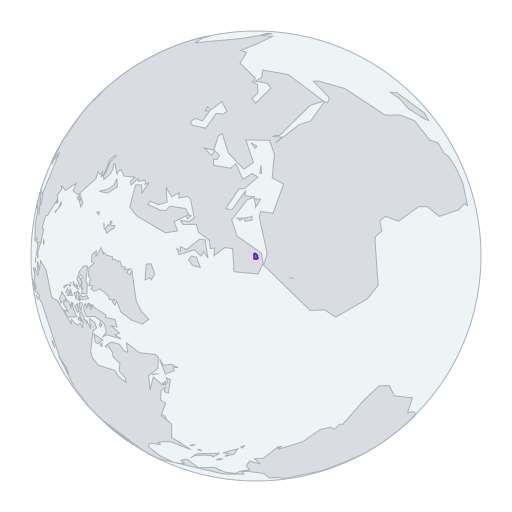 the Earth from above Jaén, rotated 275°
{"feature_id": "ESP-5826", "entity_name": "Jaén", "entity_type": "Autonomous Community", "adm_level": 1, "iso_a3": "ESP", "parent_name": "Spain", "parent_adm1": "", "projection": "orthographic", "projection_center": [-3.264, 37.956], "detail": "fine", "context": "on_globe", "style": "filled", "palette": "violet", "viewbox_px": 512, "rotation_deg": 275, "n_neighbors": 0, "source": "natural_earth", "source_scale": "10m", "svg_char_len": 10567}
<svg xmlns="http://www.w3.org/2000/svg" viewBox="0 0 512 512"><g transform="rotate(275 256 256)"><circle cx="256" cy="256" r="225" fill="#eef3f6" stroke="#a8b0b8"/><path d="M69.1,381.8L61.0,367.2L56.4,358.1L47.9,340.7L36.9,303.7L37.2,296.5L36.0,288.9L40.1,282.5L40.8,266.0L39.8,260.9L37.7,263.1L36.0,243.4L37.9,228.7L45.5,176.9L49.0,167.8L53.4,159.0L77.9,119.2L57.1,150.6L62.4,140.9L70.8,127.8L71.2,127.7L83.5,111.8L91.3,102.7L109.0,86.5L127.8,75.4L122.3,79.7L127.5,77.1L134.7,71.8L138.3,69.1L166.0,57.3L191.3,46.4L195.6,43.0L197.6,44.2L203.1,38.4L214.4,35.1L203.9,39.0L204.6,39.7L213.5,37.1L216.1,37.4L221.9,36.5L224.2,37.2L217.9,40.1L219.3,40.8L225.5,39.0L231.7,39.0L222.4,41.4L232.4,41.9L223.7,48.1L196.9,56.1L194.3,62.1L172.6,77.7L176.8,77.6L171.2,84.2L174.0,86.8L169.1,89.5L175.5,89.3L179.4,86.3L183.5,85.4L185.5,86.8L179.7,90.3L177.9,90.1L177.2,91.9L173.4,93.2L176.4,93.3L169.2,97.8L179.2,95.6L175.8,101.1L170.3,103.4L167.1,100.2L146.4,99.6L139.8,102.1L133.6,108.2L129.6,125.3L123.8,129.6L118.7,137.6L123.5,136.3L129.3,129.7L137.0,129.8L143.2,122.3L147.2,121.5L155.0,115.5L157.7,119.8L156.2,127.5L149.9,132.8L149.0,136.6L158.2,134.6L149.5,148.2L149.1,164.1L146.4,167.6L135.5,168.0L127.4,159.5L113.2,162.2L126.4,164.2L119.4,173.9L120.0,177.3L122.6,179.2L126.8,177.2L125.3,181.5L111.7,180.6L112.9,176.6L117.2,176.8L113.3,173.1L104.1,173.6L101.4,178.9L90.4,175.6L88.3,179.6L84.7,181.4L88.9,175.1L81.2,186.7L67.9,187.8L57.3,208.3L63.5,187.3L63.1,180.4L61.6,174.4L59.7,177.6L60.4,166.7L56.5,165.5L48.5,177.9L43.0,192.6L42.9,202.8L46.0,199.1L47.7,204.7L39.9,217.4L41.9,232.1L37.9,244.1L37.6,254.5L40.2,258.7L42.4,268.1L46.2,264.7L51.3,267.4L49.1,278.3L53.8,272.2L55.4,281.2L67.0,293.9L65.6,295.3L75.0,318.7L88.9,335.4L92.1,345.6L90.1,349.0L95.7,354.1L95.9,357.2L121.5,375.8L137.3,389.9L138.5,400.0L128.8,406.1L128.3,424.1L113.1,420.6L114.7,426.3L112.5,429.0L102.5,420.8L111.1,428.5L111.0,428.4L95.6,414.2L81.6,398.6L69.1,381.8ZM53.8,214.2L56.3,236.9L51.8,230.5L53.2,230.2L53.2,223.0L52.2,213.1L49.2,208.3L53.8,214.2ZM61.8,209.5L61.1,206.5L62.2,208.7L61.8,209.5ZM139.4,68.0L134.6,71.8L127.1,76.7L130.8,73.4L139.4,68.0ZM154.2,60.1L152.6,61.5L147.0,63.5L149.6,62.0L154.2,60.1ZM198.0,40.8L193.6,42.5L197.0,40.9L198.0,40.8ZM222.3,36.3L222.7,35.8L225.5,35.6L222.3,36.3ZM153.0,113.7L153.9,114.6L152.0,115.2L153.0,113.7ZM155.4,110.3L152.5,110.4L153.2,108.8L155.0,108.8L155.4,110.3ZM231.7,36.6L236.1,36.7L230.5,37.1L231.7,36.6ZM158.9,110.7L154.8,106.1L156.2,103.5L164.2,101.4L158.9,110.7ZM238.0,37.0L248.7,37.7L250.6,36.5L251.4,40.6L242.0,38.4L234.8,38.9L238.6,37.9L238.0,37.0ZM179.8,84.9L175.7,88.0L177.3,84.2L179.8,84.9ZM179.7,82.7L178.6,73.3L185.5,69.8L184.5,73.4L192.0,68.2L196.0,71.0L192.8,74.5L187.5,76.2L193.0,76.1L179.7,82.7ZM250.1,42.9L251.8,43.7L248.8,43.5L250.1,42.9ZM185.2,84.8L184.4,83.0L190.4,79.7L193.2,82.7L190.3,82.8L185.2,84.8ZM192.1,65.6L197.0,63.9L201.6,65.7L204.1,65.3L196.7,70.8L192.1,65.6ZM190.0,84.2L194.4,84.3L193.4,87.2L186.5,86.3L190.0,84.2ZM190.7,77.7L193.7,76.4L192.9,78.1L190.7,77.7ZM192.4,98.3L191.2,95.9L194.2,93.9L192.4,98.3ZM196.2,84.2L196.5,83.2L197.5,82.2L200.2,83.0L196.2,84.2ZM200.4,71.8L201.3,73.0L203.7,69.6L207.2,71.1L201.6,74.6L205.5,73.7L206.6,74.2L200.8,76.6L200.4,71.8ZM206.0,80.9L200.2,86.4L201.7,91.1L199.0,92.9L197.1,85.1L206.0,80.9ZM203.5,78.1L204.5,80.2L200.7,81.2L197.7,80.4L203.5,78.1ZM211.6,70.9L207.6,67.8L209.0,67.1L211.6,70.9ZM207.2,82.0L208.6,80.7L207.8,82.3L207.2,82.0ZM211.1,74.0L209.5,72.9L211.1,72.2L211.1,74.0ZM212.7,79.2L210.8,80.9L208.7,80.3L212.7,79.2ZM212.6,76.7L215.1,76.0L209.1,79.1L211.6,76.2L212.6,76.7ZM212.9,73.6L213.3,72.8L213.3,74.1L212.9,73.6ZM221.8,80.7L214.7,84.8L210.0,83.3L217.6,79.6L221.8,80.7ZM395.1,78.8L391.8,76.3L400.8,83.7L395.5,79.7L405.2,87.9L407.4,89.4L401.4,83.9L412.0,93.4L412.0,93.5L423.1,104.9L433.3,117.0L442.6,129.8L451.0,143.2L458.5,157.2L464.9,171.7L470.3,186.5L468.0,180.3L470.7,189.7L468.1,183.1L463.0,176.8L465.6,190.4L471.3,222.2L476.0,240.4L476.2,253.3L466.8,237.5L459.5,222.8L458.1,229.0L446.7,223.3L432.9,240.0L429.2,237.1L427.0,242.6L418.7,243.6L412.4,238.3L408.2,242.4L424.7,256.2L429.0,251.8L430.1,239.8L434.1,246.0L441.8,246.6L439.5,272.5L416.1,309.8L410.9,297.0L378.1,268.9L377.5,263.8L377.2,263.3L376.6,262.5L376.6,271.4L370.0,265.2L390.6,287.7L395.4,298.8L415.8,310.9L414.6,314.1L420.3,315.2L435.1,297.9L435.8,302.6L430.6,329.9L407.6,372.4L409.0,387.5L404.6,402.1L386.7,418.8L384.6,427.3L374.8,434.3L371.8,439.3L361.9,447.0L346.7,455.7L324.8,462.3L326.2,459.0L319.6,453.9L311.5,435.2L320.0,422.7L319.3,413.8L303.1,394.9L306.8,381.3L301.8,376.4L291.8,379.2L285.6,373.1L279.2,373.6L237.6,380.2L223.2,370.9L202.0,340.7L208.3,329.2L206.5,314.7L247.5,264.5L259.5,266.9L295.6,255.7L300.7,256.7L300.0,269.2L330.0,277.2L335.4,265.3L359.0,265.5L372.4,259.4L370.8,235.8L348.8,245.3L341.5,236.3L356.2,219.5L374.9,211.8L372.6,208.1L357.8,204.7L359.1,195.0L352.4,202.9L357.3,205.5L353.3,210.8L348.5,208.8L349.1,205.2L342.6,205.9L341.3,223.3L346.2,227.9L331.1,236.3L337.8,245.0L334.8,251.0L322.3,238.8L321.2,233.1L300.4,221.6L300.2,228.1L319.8,239.8L315.0,239.8L314.9,249.7L311.2,242.2L289.9,228.6L274.2,235.3L259.5,261.0L249.3,263.8L238.3,259.7L238.4,235.5L261.3,232.1L261.7,224.4L252.6,214.0L260.3,214.2L259.4,209.8L267.6,208.2L274.8,196.4L282.4,193.9L281.0,180.5L284.8,177.6L284.5,186.2L288.5,191.2L307.1,185.8L309.4,182.1L307.0,174.1L312.4,173.9L307.7,166.9L316.3,160.6L301.8,162.7L298.6,154.2L301.5,146.0L297.8,143.8L293.2,157.3L293.6,162.4L298.2,166.1L297.2,181.6L291.7,185.5L283.0,171.4L274.2,175.7L271.2,163.6L285.7,133.5L293.9,126.0L316.3,129.9L316.9,135.8L309.1,137.1L320.2,143.1L317.4,139.2L321.9,139.3L320.0,132.0L323.1,131.8L315.9,125.4L319.5,124.4L324.0,128.5L324.1,117.6L330.4,114.1L329.0,111.8L325.6,110.3L335.8,107.4L334.3,105.8L330.4,106.1L324.8,103.5L318.9,97.8L322.8,97.0L325.4,99.0L336.8,102.4L343.2,108.2L344.2,107.3L339.5,102.2L325.7,98.0L321.0,94.8L327.6,96.0L324.8,95.3L323.7,93.5L326.3,91.3L319.1,89.8L301.7,73.5L304.9,68.2L312.7,70.5L304.7,60.3L308.8,56.3L305.2,56.4L298.9,52.4L297.5,53.5L295.3,53.3L278.5,44.9L277.5,42.9L266.2,40.6L264.3,40.8L264.4,42.1L251.4,40.6L250.6,36.5L254.9,36.1L251.4,34.4L261.7,34.0L268.6,33.3L281.8,34.7L286.1,34.4L284.3,33.8L288.7,33.6L304.4,36.0L299.9,36.4L278.1,36.0L287.7,36.0L287.9,37.0L292.9,37.7L299.5,38.1L298.7,37.5L321.7,45.0L342.4,51.2L335.0,47.1L335.8,46.4L352.9,52.7L383.0,69.9L395.1,78.8ZM237.4,291.1L237.2,295.7L237.4,291.1ZM397.6,214.6L406.8,208.4L397.5,198.1L400.3,195.0L396.1,192.9L396.8,197.4L385.8,190.8L387.9,183.9L384.2,179.0L380.9,180.9L378.8,194.7L394.5,203.9L394.5,210.9L397.6,214.6ZM67.5,294.1L68.6,297.8L66.5,295.8L67.5,294.1ZM49.6,233.9L50.9,237.0L51.0,240.1L49.8,238.5L49.6,233.9ZM64.3,257.5L66.5,261.6L63.5,259.2L64.3,257.5ZM57.1,240.2L62.4,254.7L56.7,251.5L53.6,242.5L56.7,246.0L57.1,240.2ZM58.0,214.4L58.4,217.0L57.2,218.4L58.0,214.4ZM62.6,211.2L62.2,210.7L62.6,208.2L62.6,211.2ZM120.3,173.9L121.3,174.1L123.3,176.8L120.9,177.0L120.3,173.9ZM140.8,181.3L137.9,188.2L138.3,183.2L134.4,184.5L130.6,175.9L144.9,169.0L139.1,173.4L140.8,181.3ZM129.3,163.4L130.2,169.1L128.7,163.1L129.3,163.4ZM246.3,189.2L250.5,191.6L249.5,196.8L239.7,201.4L241.1,193.7L246.3,189.2ZM256.7,193.8L250.7,179.4L256.5,176.4L254.3,180.4L258.7,179.9L256.3,186.3L267.8,198.2L267.6,203.8L249.7,208.3L255.6,203.5L251.2,201.3L256.7,193.8ZM225.1,152.6L222.6,147.6L238.5,147.4L239.0,152.2L229.3,156.7L223.0,153.7L225.1,152.6ZM173.8,108.4L171.8,107.5L173.4,106.4L176.5,106.3L173.8,108.4ZM191.6,97.3L184.2,111.8L181.6,111.3L180.5,121.0L173.0,123.7L174.0,117.2L167.4,126.9L165.3,122.1L161.6,129.0L164.6,114.2L162.4,110.7L167.7,113.5L174.6,111.0L176.9,108.9L181.9,100.5L180.7,92.4L187.4,89.1L192.4,89.0L193.7,90.4L189.0,92.0L194.1,92.8L188.3,96.3L191.6,97.3ZM247.4,96.5L241.3,96.5L250.7,101.1L244.9,103.6L246.4,104.0L243.6,107.7L242.7,113.0L239.5,113.6L240.6,115.5L238.7,118.2L239.1,121.0L233.5,123.2L233.5,127.0L230.9,125.9L232.3,131.9L228.8,128.4L226.1,132.0L231.0,133.5L200.3,140.7L190.2,147.2L183.6,154.8L178.4,148.6L181.2,137.7L188.4,126.3L198.9,121.2L194.6,119.6L198.4,116.8L200.2,119.3L199.7,113.9L203.3,112.4L209.7,103.7L206.7,97.6L209.0,94.5L211.9,96.2L212.1,92.0L219.2,93.2L221.0,91.1L229.8,90.5L234.5,95.4L236.1,92.7L242.9,92.5L247.4,96.5ZM224.2,80.7L231.1,85.3L231.3,89.1L216.0,88.7L213.3,90.4L203.5,90.8L203.4,85.4L206.2,85.7L209.0,84.8L207.9,86.9L210.8,84.6L214.8,85.1L218.1,83.5L219.4,85.4L224.2,80.7ZM304.4,251.2L307.9,250.9L313.0,249.1L313.0,255.6L304.4,251.2ZM289.7,242.2L292.6,240.8L295.1,248.5L291.4,249.0L289.7,242.2ZM292.1,233.7L292.6,240.1L290.1,236.9L292.1,233.7ZM287.0,184.7L289.9,182.9L291.0,184.7L290.4,187.9L287.0,184.7ZM273.9,112.7L270.4,111.6L270.7,110.4L265.6,105.4L269.5,103.5L274.1,105.8L273.9,112.7ZM368.3,241.3L365.7,247.2L363.1,246.1L364.5,244.3L368.3,241.3ZM338.9,252.6L346.7,253.0L338.9,254.4L338.9,252.6ZM277.3,109.7L274.7,107.8L278.2,108.1L277.3,109.7ZM272.0,101.9L275.8,101.6L269.3,102.7L272.0,101.9ZM431.3,381.7L413.3,411.1L406.1,416.2L407.5,411.1L416.0,395.1L425.4,385.2L430.7,375.6L431.3,381.7ZM476.5,241.4L479.0,248.2L478.7,252.9L476.5,241.4ZM306.8,94.0L309.7,102.7L314.3,108.5L320.9,110.7L312.8,111.8L305.7,102.8L306.8,94.0ZM302.0,75.9L296.2,74.7L297.8,73.1L299.3,73.2L302.0,75.9ZM299.1,76.6L293.7,79.1L289.8,77.1L294.9,75.5L299.1,76.6ZM285.7,93.6L286.3,96.2L283.4,95.9L285.7,93.6ZM343.4,48.3L344.1,48.7L333.3,45.8L329.5,44.8L334.5,44.9L337.2,46.0L340.9,47.4L341.3,47.5L343.4,48.3ZM253.5,43.1L251.9,43.7L251.8,42.8L253.5,43.1ZM294.7,54.1L291.6,53.7L291.6,52.4L294.7,54.1ZM283.2,52.1L285.4,53.8L281.4,52.3L283.2,52.1ZM290.6,57.6L285.5,54.6L292.7,57.1L290.6,57.6Z" fill="#d9dde1" stroke="#a8b0b8" stroke-width="1"/><path d="M258.2,255.5L258.1,255.8L257.8,256.0L257.8,255.9L257.5,256.2L257.2,256.7L257.1,256.8L257.1,257.1L256.9,257.3L256.7,257.3L256.2,257.3L256.1,257.2L256.0,257.3L255.9,257.4L255.8,257.5L255.6,257.5L255.4,257.4L255.2,257.3L254.9,257.7L254.7,257.7L254.4,257.9L254.2,258.2L253.9,258.3L253.7,258.2L253.4,257.8L253.4,257.6L253.2,257.5L253.1,257.3L253.1,257.2L253.0,256.9L253.0,256.7L252.9,256.6L252.9,256.0L252.8,255.8L252.9,255.7L253.1,255.3L253.2,255.1L253.1,254.9L253.1,254.7L252.9,254.4L252.9,254.2L253.0,254.2L253.2,254.3L254.1,254.3L254.3,254.2L254.5,254.1L254.9,254.2L255.0,254.2L255.3,254.2L255.5,254.2L255.7,253.9L255.8,253.9L256.0,254.0L256.3,254.0L256.5,254.0L256.6,253.9L256.7,254.0L256.8,254.1L257.0,254.0L257.3,253.9L257.5,253.8L257.6,253.7L257.7,253.8L257.8,253.9L258.0,253.8L258.1,254.0L258.4,254.2L258.4,254.3L258.4,254.5L258.5,254.7L258.6,254.8L258.5,255.0L258.3,255.3L258.3,255.5L258.2,255.5Z" fill="#8b5cf6" stroke="#5b21b6" stroke-width="1.5"/></g></svg>